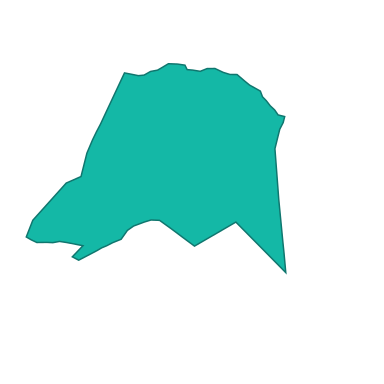 the district of Acarape, Ceará, Brazil, rotated 31°
{"feature_id": "56859067B60781909044544", "entity_name": "Acarape", "entity_type": "district", "adm_level": 2, "iso_a3": "BRA", "parent_name": "Brazil", "parent_adm1": "Ceará", "projection": "robinson", "projection_center": [-38.665, -4.224], "detail": "fine", "context": "isolated", "style": "filled", "palette": "teal", "viewbox_px": 384, "rotation_deg": 31, "n_neighbors": 0, "source": "geoboundaries", "source_scale": "gbopen_adm2", "svg_char_len": 991}
<svg xmlns="http://www.w3.org/2000/svg" viewBox="0 0 384 384"><g transform="rotate(31 192 192)"><path d="M232.6,79.6L226.1,81.6L220.6,79.1L214.6,77.8L208.7,75.5L203.4,74.1L198.6,70.3L192.0,70.5L186.3,70.7L179.5,69.7L170.1,68.1L164.0,71.7L157.1,73.4L148.1,74.3L141.4,78.4L136.9,84.3L129.7,87.2L124.8,89.6L120.6,86.9L113.7,89.8L105.7,94.2L102.3,100.6L99.7,105.3L94.4,110.0L90.7,116.5L86.1,119.9L79.9,122.1L72.8,124.7L77.1,166.6L78.6,180.9L79.1,189.6L79.9,198.5L81.9,212.8L88.9,235.9L79.6,249.1L70.1,298.2L73.1,315.9L78.9,315.8L85.0,315.2L93.6,309.9L98.8,307.1L103.9,302.6L110.7,299.8L126.2,294.2L122.8,309.2L130.0,308.8L140.9,290.9L143.4,286.3L146.5,282.1L150.1,276.3L155.6,269.0L156.4,258.2L159.5,251.2L163.5,246.2L166.6,242.3L171.3,237.1L178.8,233.0L193.2,234.2L207.8,235.7L222.0,237.1L245.1,195.2L282.4,204.7L313.9,212.8L306.6,202.8L302.5,197.2L295.3,187.6L270.2,153.7L240.8,112.2L237.4,101.2L234.9,93.0L234.4,85.5L232.6,79.6Z" fill="#14b8a6" stroke="#0f766e" stroke-width="1.5"/></g></svg>